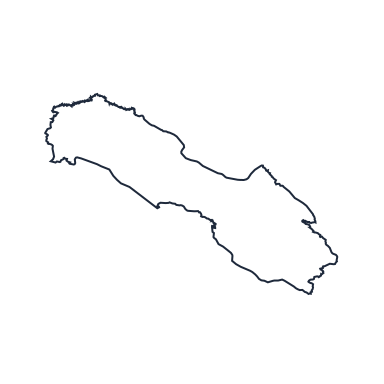 Batheay, Kâmpóng Cham, Cambodia, rotated 293°
{"feature_id": "14789045B52363017269131", "entity_name": "Batheay", "entity_type": "district", "adm_level": 2, "iso_a3": "KHM", "parent_name": "Cambodia", "parent_adm1": "Kâmpóng Cham", "projection": "equal_earth", "projection_center": [104.945, 12.037], "detail": "fine", "context": "isolated", "style": "outline", "palette": "slate", "viewbox_px": 384, "rotation_deg": 293, "n_neighbors": 0, "source": "geoboundaries", "source_scale": "gbopen_adm2", "svg_char_len": 5959}
<svg xmlns="http://www.w3.org/2000/svg" viewBox="0 0 384 384"><g transform="rotate(293 192 192)"><path d="M245.2,66.5L243.6,64.6L242.7,65.1L241.7,63.6L240.5,63.3L240.0,62.3L240.2,61.7L239.4,62.0L238.9,61.3L238.2,62.1L238.3,63.1L237.7,63.8L237.0,63.8L236.1,61.2L235.5,61.5L234.9,60.6L234.8,60.1L236.0,59.8L235.0,59.1L234.4,58.1L233.6,58.4L233.0,58.0L233.8,57.2L232.8,56.7L232.9,55.9L232.3,55.9L231.9,55.3L232.2,54.5L231.7,53.6L231.3,53.6L231.0,54.3L229.4,53.3L229.9,52.6L230.1,52.9L230.4,52.0L229.8,51.8L229.4,52.3L229.2,51.8L229.6,51.4L229.4,51.1L228.9,51.8L228.6,51.6L228.2,50.6L228.2,49.5L227.7,50.2L227.2,48.8L226.9,49.6L226.1,49.5L225.9,49.1L226.2,48.1L224.9,48.4L224.8,48.1L225.2,47.4L225.0,47.1L223.8,47.6L224.5,44.5L223.8,44.2L223.8,42.8L223.4,42.8L222.8,43.5L222.5,43.2L223.2,42.4L223.3,42.0L222.7,41.6L223.0,40.7L221.9,40.6L222.1,39.4L221.4,39.6L221.5,39.1L222.6,38.1L222.0,37.6L220.7,37.7L220.5,36.6L219.8,36.8L219.2,35.6L218.8,35.8L217.6,33.8L216.1,33.0L216.8,31.8L216.5,31.6L214.3,31.7L213.2,32.2L212.1,31.5L211.7,32.0L211.2,33.0L211.3,33.5L212.0,34.0L212.6,36.5L212.4,37.6L211.4,37.1L210.0,37.0L209.1,36.4L208.6,36.7L208.2,36.3L208.5,35.2L208.1,35.1L205.8,35.5L204.4,33.9L204.1,36.1L203.8,36.4L201.8,36.1L201.1,34.7L198.4,35.5L196.3,36.9L195.3,36.5L193.5,34.4L189.1,33.8L188.7,34.0L188.5,36.1L188.2,37.0L187.7,37.2L185.9,36.4L184.5,37.6L182.8,37.6L181.9,38.1L181.5,40.2L180.3,40.4L180.2,41.2L180.6,42.2L180.8,43.6L180.6,45.0L180.1,45.9L177.3,46.7L170.7,51.2L167.9,51.3L165.1,50.0L165.8,54.9L167.3,55.7L167.9,58.6L168.5,59.1L170.0,59.0L171.9,60.7L172.5,60.9L173.1,60.6L173.6,61.1L173.1,62.4L173.6,64.0L171.9,64.2L171.4,66.0L171.6,68.0L170.8,67.6L170.4,67.8L170.2,68.3L171.1,72.4L171.7,73.1L173.0,73.2L176.2,71.4L178.2,71.7L179.0,72.7L179.6,76.8L180.5,93.7L180.2,98.3L180.4,107.1L176.1,113.3L173.9,118.2L172.2,123.2L172.2,132.5L163.5,166.4L165.1,167.7L165.6,167.2L165.6,165.6L167.9,165.7L169.8,167.2L171.5,172.1L172.9,174.8L173.7,175.4L173.8,178.4L174.6,181.1L174.0,182.6L174.8,185.7L175.5,186.8L175.7,188.4L175.4,190.2L173.8,192.4L173.1,194.4L173.1,195.6L175.2,201.8L176.8,205.1L176.0,206.5L176.5,207.1L175.7,208.6L174.4,209.8L173.2,209.8L173.1,210.2L173.2,211.7L173.8,212.6L173.9,213.9L173.4,216.3L173.8,217.2L173.7,218.1L173.4,218.9L173.3,220.5L173.7,220.6L173.7,221.2L174.1,221.4L174.0,221.8L172.8,221.5L173.3,222.5L171.8,224.0L171.8,224.3L172.2,224.5L171.9,226.2L171.2,226.4L170.9,226.2L171.1,225.8L169.7,225.0L169.3,225.5L169.6,225.7L169.4,226.2L168.8,227.0L167.9,227.4L167.4,225.3L168.6,224.6L168.5,223.8L167.6,224.1L163.3,226.5L162.8,228.2L158.9,229.4L158.3,230.4L157.8,232.5L154.4,236.8L153.9,241.9L151.2,251.6L149.9,253.6L149.0,254.2L144.3,255.8L142.8,260.8L142.2,266.1L142.2,276.2L141.9,278.8L140.8,282.5L139.7,285.0L138.2,287.6L137.8,290.4L138.6,293.3L138.5,297.1L141.8,301.1L142.7,302.4L144.1,305.8L146.6,309.2L146.5,311.8L144.8,322.7L144.0,325.3L143.8,327.4L143.8,329.5L145.0,331.9L144.1,334.9L144.3,336.7L143.7,339.1L144.5,339.9L144.8,341.1L146.2,340.4L147.1,341.4L148.2,340.6L149.6,341.0L151.7,340.6L152.2,340.0L154.4,339.5L154.8,337.7L154.5,336.7L154.7,334.7L154.9,334.2L156.1,334.3L157.6,335.3L158.7,337.5L159.5,338.2L161.6,337.8L163.3,340.2L163.4,341.1L163.1,341.9L163.5,342.2L163.7,341.9L165.4,343.4L166.7,343.0L166.6,343.4L168.8,344.6L169.5,343.6L170.2,343.8L170.5,343.3L170.9,342.2L170.9,340.6L171.5,340.0L173.2,342.2L174.2,341.7L174.9,341.8L175.3,342.9L179.8,346.9L180.9,350.7L181.6,351.8L183.3,351.9L184.8,352.5L185.6,351.8L189.0,351.1L189.7,350.4L190.4,349.0L190.3,346.0L190.5,345.0L191.2,343.8L194.4,340.7L195.5,338.2L195.9,336.3L196.6,335.3L197.6,335.1L198.5,334.2L200.2,333.8L200.8,330.7L201.7,329.0L201.7,328.6L200.7,327.7L200.9,327.2L202.6,326.8L202.7,325.2L203.3,323.9L203.0,321.5L202.6,320.5L202.6,319.0L203.5,319.2L203.8,318.9L204.0,318.0L204.5,317.3L205.2,314.5L205.4,314.9L206.2,314.4L207.4,313.0L207.5,311.3L207.0,309.1L207.6,308.0L207.8,305.4L208.0,305.0L208.7,304.8L209.6,305.4L209.0,307.3L209.7,307.5L209.6,308.9L209.3,308.9L209.4,309.8L210.2,311.7L209.7,312.3L210.1,313.9L210.7,314.4L211.9,316.3L212.4,316.7L212.3,317.5L213.3,317.0L214.6,315.6L215.4,315.5L217.1,314.1L218.1,312.5L218.7,312.2L224.0,302.8L225.2,298.5L226.1,293.2L226.6,289.0L230.5,281.4L232.5,274.3L233.0,273.6L233.1,272.8L232.3,270.9L233.6,269.3L233.5,268.9L232.8,267.4L231.9,266.5L233.5,264.6L235.7,264.7L236.3,261.9L237.1,260.7L237.2,259.5L237.9,259.1L238.8,256.6L239.8,256.5L239.7,255.3L240.0,254.5L240.7,253.6L241.6,253.4L240.6,252.3L240.7,251.8L241.6,251.2L242.6,249.3L242.5,247.8L244.0,247.0L243.7,245.9L242.8,245.1L237.0,241.2L231.7,239.2L226.8,238.3L225.0,237.2L223.3,235.0L222.0,231.8L221.1,229.2L218.7,218.3L218.8,217.0L219.9,213.9L220.2,212.3L219.4,208.5L220.2,191.8L221.8,186.7L222.0,184.5L220.9,178.4L220.7,173.1L223.5,167.1L224.9,166.4L226.8,166.5L230.0,167.3L232.0,166.1L237.1,156.3L237.8,153.0L237.9,148.8L237.8,147.1L237.5,146.8L237.7,144.7L236.7,141.8L237.3,140.0L237.1,139.3L238.1,131.2L237.7,129.0L238.1,126.2L240.1,120.0L240.7,119.0L241.9,118.3L242.9,116.7L242.4,115.4L241.1,113.9L240.9,112.1L241.1,110.6L240.8,110.1L241.6,108.3L242.2,108.5L242.8,107.9L243.1,108.2L244.6,106.8L245.1,107.1L245.7,106.8L246.1,106.1L245.9,105.6L246.2,105.3L246.1,104.6L245.4,104.4L245.7,103.7L244.6,103.7L243.8,102.7L244.0,102.4L243.3,102.3L243.5,100.8L243.1,100.3L242.7,100.5L242.6,99.7L242.2,99.8L241.8,99.4L242.4,98.8L242.7,98.1L242.1,98.3L241.7,96.9L242.0,96.3L242.0,95.6L242.4,95.1L242.3,94.5L242.8,93.6L242.1,92.6L241.6,93.0L241.5,92.5L241.9,91.9L241.5,91.1L242.0,89.8L241.8,88.7L242.0,88.2L242.3,88.2L242.1,87.7L241.8,87.8L241.8,87.3L242.4,87.0L242.3,86.3L242.9,85.8L242.3,85.4L241.9,85.6L241.8,85.2L241.4,85.0L241.8,84.2L241.4,83.6L242.1,83.1L242.1,82.6L241.5,82.5L241.5,81.4L241.1,81.4L242.2,80.6L242.2,77.7L242.7,77.0L242.0,76.6L242.2,76.3L243.3,76.5L244.1,75.9L244.4,74.8L245.0,75.5L245.5,74.0L244.6,73.4L245.1,72.1L244.9,70.9L244.3,69.7L244.9,69.3L244.2,67.7L245.2,66.5Z" fill="none" stroke="#1e293b" stroke-width="2"/></g></svg>